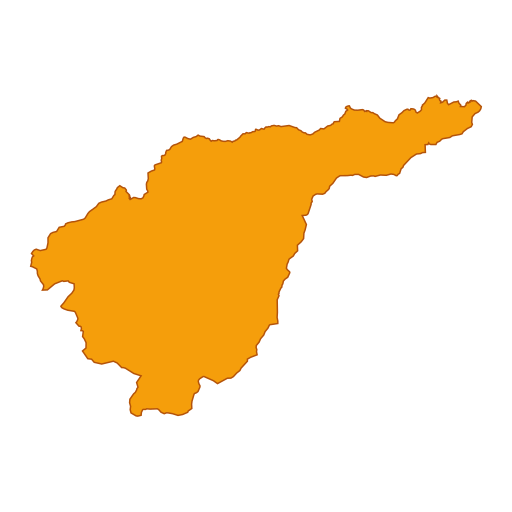 outline of Maguri-Racatau, Cluj, Romania
{"feature_id": "2599482B1703005925744", "entity_name": "Maguri-Racatau", "entity_type": "district", "adm_level": 2, "iso_a3": "ROU", "parent_name": "Romania", "parent_adm1": "Cluj", "projection": "natural_earth1", "projection_center": [23.167, 46.571], "detail": "fine", "context": "isolated", "style": "filled", "palette": "amber", "viewbox_px": 512, "rotation_deg": 0, "n_neighbors": 0, "source": "geoboundaries", "source_scale": "gbopen_adm2", "svg_char_len": 6041}
<svg xmlns="http://www.w3.org/2000/svg" viewBox="0 0 512 512"><path d="M164.2,413.7L166.5,412.8L168.2,412.9L172.6,413.7L178.0,415.4L182.6,414.5L187.7,412.3L188.2,411.0L191.8,408.5L191.6,404.1L192.0,401.1L194.0,394.3L194.5,393.5L196.5,392.7L198.0,391.5L199.9,387.1L200.0,385.9L198.9,383.7L198.3,381.5L198.5,380.2L199.6,378.8L203.0,376.6L204.0,376.5L213.4,380.7L217.5,383.6L227.4,378.2L230.9,378.1L233.4,376.6L236.7,373.0L239.9,370.5L241.0,368.2L247.4,361.2L247.4,359.1L250.6,357.3L257.1,354.8L256.5,351.7L256.8,349.6L256.1,347.5L256.3,345.5L259.1,342.1L260.6,338.7L263.7,335.1L265.1,331.6L267.9,328.2L269.4,325.1L270.0,324.7L277.8,323.5L277.8,321.2L277.1,317.4L277.4,312.5L277.2,299.7L279.0,295.7L278.4,294.2L279.0,293.3L279.0,292.0L280.9,288.0L281.7,287.3L282.1,284.9L282.8,283.9L283.4,281.0L285.2,279.0L287.7,277.3L289.8,272.7L289.6,271.8L287.3,269.7L286.4,268.3L287.1,264.2L288.2,261.9L288.8,259.7L289.3,258.9L293.3,256.0L294.7,253.5L297.6,250.8L297.4,245.2L301.2,241.8L303.6,238.6L303.9,233.2L305.1,229.9L306.4,224.5L302.2,215.5L306.0,215.2L307.5,214.4L308.2,213.3L311.1,204.5L311.1,203.1L312.2,201.6L311.7,199.2L313.1,196.0L315.5,194.4L317.0,193.9L322.6,194.2L324.8,193.3L326.0,191.7L328.6,189.4L329.2,188.4L329.7,186.2L332.8,183.4L336.5,178.0L340.0,175.7L347.5,175.6L350.9,175.2L352.5,175.4L354.8,174.4L358.6,174.4L363.5,177.0L366.6,177.5L370.7,176.0L373.7,175.9L375.1,176.4L380.4,175.0L386.3,175.3L390.9,174.0L393.8,174.4L396.2,175.7L397.1,175.6L398.2,174.2L399.6,173.4L401.1,168.8L402.9,167.3L403.5,165.5L410.9,157.6L416.5,154.0L420.5,153.6L422.5,152.6L425.4,152.4L425.1,144.7L427.9,144.5L428.7,142.9L429.3,143.9L430.7,144.5L435.9,144.5L437.0,142.4L439.7,141.2L441.5,139.4L442.7,138.7L449.8,137.5L452.4,135.8L459.8,134.5L462.0,133.8L463.3,131.7L467.4,128.5L471.2,126.7L472.4,124.4L471.7,122.4L472.2,116.9L475.0,113.6L478.0,112.2L479.6,110.8L480.8,108.8L481.3,106.6L475.6,101.1L472.9,100.6L472.0,101.2L471.3,100.3L470.0,101.0L469.8,101.3L470.1,102.0L468.5,102.9L468.3,102.6L467.7,102.8L467.6,102.2L466.7,102.9L466.2,103.5L465.9,105.2L464.4,106.7L460.4,106.5L460.8,105.2L458.9,103.1L458.2,101.1L456.3,101.8L453.8,102.0L448.6,104.7L447.4,103.1L446.8,100.1L444.8,100.1L442.4,102.3L440.6,102.8L441.0,101.2L439.8,100.5L439.3,98.9L439.7,98.4L438.3,97.5L437.0,95.9L436.9,96.9L436.2,96.2L435.1,96.3L432.9,97.6L431.6,97.8L429.8,98.1L428.2,97.6L424.7,103.1L422.4,105.1L422.5,105.7L421.4,107.4L421.5,109.7L420.3,111.1L417.3,113.0L415.8,111.9L415.4,110.2L414.3,109.3L413.1,108.9L410.9,108.7L410.3,109.9L409.4,110.2L408.2,109.7L407.9,109.2L407.0,109.2L404.0,110.6L401.9,112.7L399.0,114.8L397.4,118.9L395.4,120.7L394.4,122.2L393.3,122.8L387.9,122.4L385.1,121.7L379.8,118.2L377.4,115.0L374.2,113.6L372.8,112.6L371.1,112.6L368.4,110.8L366.7,110.7L366.6,111.3L366.0,110.9L364.8,111.5L363.6,110.0L362.4,109.6L357.8,110.2L354.4,110.1L351.3,108.8L350.3,107.9L349.4,105.9L349.1,105.8L347.1,106.3L345.8,107.1L345.4,108.2L347.4,109.4L347.6,110.1L345.8,111.3L344.8,114.0L343.4,115.1L342.4,116.8L340.0,118.4L339.4,121.4L334.5,121.7L333.7,122.3L333.3,123.7L331.9,124.2L330.6,125.4L327.7,126.0L323.9,128.9L320.6,128.5L319.3,130.0L314.6,132.3L312.8,134.0L310.2,134.9L307.0,134.3L305.5,132.9L304.0,132.8L302.2,132.0L300.9,130.7L298.6,129.8L296.6,127.7L295.1,127.6L289.1,125.5L281.0,126.6L278.6,125.7L276.6,126.1L274.1,125.4L271.4,125.9L270.3,126.8L268.7,126.6L266.9,127.2L266.1,126.9L264.9,127.9L264.0,129.2L261.4,128.5L259.6,129.9L258.2,130.2L255.9,129.2L255.5,129.6L255.3,131.0L254.8,131.5L252.7,131.7L250.8,132.8L249.9,132.7L249.1,133.2L246.3,132.6L245.1,133.8L243.0,133.8L240.6,136.2L240.0,137.2L236.6,140.0L235.5,140.2L234.8,141.0L233.1,141.3L232.3,142.2L230.5,141.1L227.8,140.7L225.4,141.4L223.1,141.3L221.0,140.8L219.7,139.9L218.4,139.5L217.7,139.6L217.1,140.5L214.2,140.8L212.3,140.5L211.2,141.2L210.1,140.1L209.3,138.8L207.6,138.2L206.6,138.5L205.2,137.9L204.1,136.6L200.0,136.1L198.1,135.1L196.1,136.6L193.3,137.4L190.4,139.2L187.7,138.5L185.2,137.2L184.1,137.1L183.3,138.1L182.3,141.4L176.7,144.2L173.6,145.1L171.5,146.6L169.7,149.5L168.3,150.2L166.6,150.4L165.7,152.5L165.8,153.4L165.0,155.0L164.0,155.5L162.3,155.6L161.5,156.3L161.7,158.6L161.2,160.2L161.6,162.0L161.2,162.8L155.0,164.9L154.3,165.9L154.8,168.8L154.5,170.0L151.3,171.1L148.0,173.0L148.3,178.7L147.7,181.1L146.8,182.3L146.4,184.1L146.7,189.1L147.8,191.1L147.9,192.2L144.2,194.5L143.9,195.9L142.9,197.9L141.1,198.8L138.4,198.6L135.3,197.6L133.6,197.5L130.1,199.5L128.9,197.9L129.9,198.5L130.3,197.9L130.3,197.3L129.2,196.8L129.7,196.0L129.6,195.4L129.1,195.2L129.2,194.7L126.0,191.4L126.4,190.3L126.2,189.8L124.7,188.0L122.9,187.7L119.8,185.7L117.4,187.6L116.4,189.7L115.7,190.4L115.1,191.7L114.9,194.6L113.9,195.4L111.8,198.8L108.2,199.9L106.0,201.0L101.4,202.1L98.8,203.3L96.3,206.7L89.5,211.6L87.9,213.5L85.2,218.0L83.7,219.2L74.8,221.6L71.7,221.9L67.9,222.8L65.6,223.9L65.2,225.2L64.2,226.3L59.2,227.3L56.6,231.5L53.0,232.4L50.6,233.6L48.0,237.8L48.0,242.9L46.9,248.0L46.1,249.3L40.2,250.6L36.2,249.2L34.3,250.0L32.9,251.4L31.5,253.5L33.7,255.9L32.4,256.9L31.9,258.2L31.4,260.6L31.7,262.2L30.7,266.3L32.3,266.7L36.7,268.9L37.3,271.0L37.4,273.6L38.1,275.8L40.0,278.9L40.5,280.9L43.5,284.7L43.7,286.4L43.2,288.5L42.4,290.1L47.4,289.9L54.7,283.8L62.3,280.8L63.7,281.4L68.2,280.9L69.3,282.3L74.1,283.8L74.3,287.9L73.9,290.1L71.8,293.2L68.1,296.7L63.8,302.9L61.1,305.9L60.9,306.5L62.0,307.8L64.0,308.9L67.7,310.2L74.3,311.3L75.3,312.2L77.9,318.3L77.8,319.4L76.8,321.6L75.9,322.7L79.0,326.2L80.4,326.3L81.2,327.0L81.4,328.7L80.9,330.6L82.4,330.7L83.3,331.4L82.6,336.6L84.2,338.7L86.1,342.7L86.0,348.0L82.5,351.0L87.8,358.7L91.6,359.2L94.2,362.3L101.7,364.0L113.4,361.2L117.2,363.0L121.7,367.6L123.3,367.6L125.4,368.2L133.8,373.5L141.1,375.8L136.6,382.5L138.0,387.2L136.9,388.7L136.7,389.8L135.3,392.4L133.6,393.9L129.9,399.2L129.6,402.7L130.6,406.3L130.2,409.7L131.0,412.9L136.1,415.9L137.8,416.1L141.1,415.3L141.4,412.4L142.6,409.8L143.2,409.4L145.7,409.4L146.6,408.8L150.1,409.1L157.4,408.8L158.8,409.7L161.0,412.2L164.2,413.7Z" fill="#f59e0b" stroke="#b45309" stroke-width="1.5"/></svg>